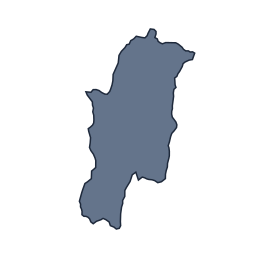 the district of Bernardino de Campos, São Paulo, Brazil, rotated 198°
{"feature_id": "56859067B18982964690410", "entity_name": "Bernardino de Campos", "entity_type": "district", "adm_level": 2, "iso_a3": "BRA", "parent_name": "Brazil", "parent_adm1": "São Paulo", "projection": "natural_earth1", "projection_center": [-49.494, -23.025], "detail": "medium", "context": "isolated", "style": "filled", "palette": "slate", "viewbox_px": 256, "rotation_deg": 198, "n_neighbors": 0, "source": "geoboundaries", "source_scale": "gbopen_adm2", "svg_char_len": 1863}
<svg xmlns="http://www.w3.org/2000/svg" viewBox="0 0 256 256"><g transform="rotate(198 128 128)"><path d="M147.0,36.3L145.9,34.4L145.0,31.3L142.7,30.4L140.6,31.0L138.6,30.8L136.5,29.8L134.3,27.2L131.5,26.2L129.2,29.5L125.4,32.4L123.8,34.3L120.8,34.0L116.9,32.8L114.6,29.7L110.7,29.4L107.9,28.3L105.3,29.9L104.8,32.8L106.3,36.6L108.5,44.2L109.7,50.9L109.7,54.6L110.7,57.4L109.9,61.9L111.7,67.6L111.1,71.1L109.5,77.7L109.5,84.8L106.9,88.4L102.0,81.7L99.3,85.7L97.0,85.8L94.3,85.4L92.3,85.5L89.1,86.2L86.3,86.2L82.8,85.2L79.6,87.2L76.8,91.4L78.1,95.7L78.5,99.4L78.5,103.1L79.5,106.6L79.8,111.8L80.1,114.3L81.5,118.7L83.0,121.9L84.3,123.6L84.3,127.3L84.8,133.1L84.7,136.4L83.3,139.5L82.0,143.4L82.5,146.1L84.3,148.5L89.2,152.0L90.8,154.7L91.6,157.5L91.7,160.0L92.7,162.9L94.4,172.2L95.7,175.3L96.3,178.9L94.9,181.4L96.5,183.5L99.1,190.0L97.5,192.1L97.3,195.1L96.4,197.8L95.4,203.2L95.5,206.2L94.1,208.4L90.9,211.4L87.9,213.0L87.7,219.8L90.1,220.4L92.3,219.5L94.4,220.0L97.0,219.2L99.6,220.0L101.5,221.5L106.1,223.3L108.9,223.8L118.5,220.9L121.3,218.7L123.6,218.9L126.1,219.7L127.7,221.8L130.4,222.3L130.4,226.1L131.2,228.5L133.7,229.8L137.4,229.1L138.2,224.2L138.3,221.8L139.7,219.0L142.8,218.4L148.5,217.8L150.1,214.5L152.4,211.9L152.8,208.1L155.0,206.8L155.7,203.6L158.0,198.8L159.0,194.3L157.4,186.8L158.7,174.4L157.0,168.3L156.5,164.2L156.5,159.7L156.7,157.0L158.2,153.7L160.5,153.1L163.9,153.6L167.2,154.7L170.2,154.7L173.0,153.7L174.3,150.5L179.2,149.4L176.9,146.7L170.0,141.9L168.8,138.7L167.0,136.3L166.5,132.5L164.5,129.5L162.9,125.1L162.2,122.2L162.6,119.8L164.1,117.1L165.6,115.1L164.4,112.8L160.6,107.2L159.3,101.9L158.6,97.6L156.4,95.1L152.8,92.4L150.1,89.3L148.6,87.1L146.5,80.4L149.3,75.8L147.2,68.5L149.9,64.3L151.8,61.9L152.0,55.7L152.0,52.0L151.6,43.3L149.6,41.0L148.8,38.3L147.0,36.3Z" fill="#64748b" stroke="#1e293b" stroke-width="1.5"/></g></svg>